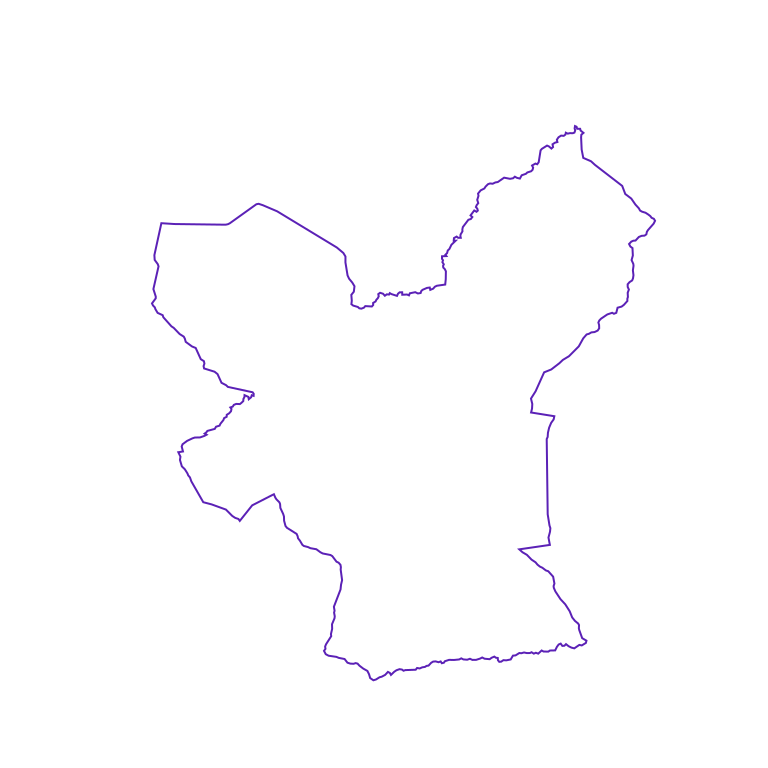 outline of Paraíso das Águas, Mato Grosso do Sul, Brazil, rotated 282°
{"feature_id": "56859067B51876233967063", "entity_name": "Paraíso das Águas", "entity_type": "district", "adm_level": 2, "iso_a3": "BRA", "parent_name": "Brazil", "parent_adm1": "Mato Grosso do Sul", "projection": "robinson", "projection_center": [-53.129, -19.185], "detail": "fine", "context": "isolated", "style": "outline", "palette": "violet", "viewbox_px": 768, "rotation_deg": 282, "n_neighbors": 0, "source": "geoboundaries", "source_scale": "gbopen_adm2", "svg_char_len": 6158}
<svg xmlns="http://www.w3.org/2000/svg" viewBox="0 0 768 768"><g transform="rotate(282 384 384)"><path d="M671.1,526.9L672.8,523.6L674.4,522.8L673.8,519.9L675.6,518.9L676.0,517.2L673.7,517.3L671.7,518.3L669.5,518.0L668.6,516.6L668.0,513.6L667.1,511.7L667.6,509.6L665.7,509.6L664.1,508.2L663.8,505.6L661.6,503.4L658.9,502.3L656.7,503.3L655.7,501.2L653.5,499.0L650.9,500.1L649.1,498.8L650.7,495.9L651.1,493.9L646.8,489.5L645.1,488.6L633.1,489.2L630.8,488.2L631.1,486.3L628.5,483.4L626.6,484.9L624.4,484.8L622.7,483.7L620.7,480.2L619.1,479.1L616.8,475.3L613.2,474.2L613.3,471.1L614.0,468.9L612.1,467.5L610.9,464.6L610.8,458.6L605.2,453.3L604.3,451.0L602.5,448.7L602.2,446.0L601.1,444.2L598.2,442.3L596.1,441.5L593.5,438.3L589.8,436.4L587.7,437.3L583.5,436.9L580.5,438.6L578.3,437.5L576.2,437.1L574.9,438.8L573.1,439.7L571.7,438.7L572.5,436.2L566.9,433.6L565.7,435.7L563.4,434.6L562.2,432.4L553.9,428.5L551.5,428.5L549.6,429.0L546.1,427.8L544.5,428.0L543.0,428.7L542.4,426.2L543.3,424.4L541.3,422.1L538.7,422.4L539.1,424.3L534.2,421.0L529.7,419.9L527.8,418.6L525.2,418.5L523.2,417.2L522.1,418.4L521.0,414.2L518.5,414.7L517.3,416.0L515.3,415.8L513.5,417.6L511.8,417.2L510.2,417.8L509.0,419.6L507.1,421.1L499.4,422.6L494.0,423.2L491.1,415.3L489.7,413.5L487.5,412.3L485.7,409.7L487.9,408.7L486.9,406.0L484.1,402.1L482.6,401.1L480.6,400.9L479.6,398.3L480.3,395.5L478.1,390.4L475.9,390.0L476.3,387.9L475.1,383.3L477.5,382.7L476.9,380.2L475.2,378.9L472.9,378.4L473.5,372.5L474.1,370.8L472.5,370.3L472.3,368.1L470.5,366.5L472.1,364.3L472.4,361.2L470.7,359.7L468.7,360.6L466.6,360.1L464.8,359.0L463.0,358.6L461.0,356.5L459.0,357.0L457.3,356.0L456.3,349.5L454.5,348.5L453.0,346.2L452.9,344.1L453.9,342.4L454.3,337.5L455.3,335.5L458.7,335.2L464.4,333.5L468.0,335.3L473.5,334.8L476.6,331.9L479.7,328.0L482.6,325.8L494.9,321.0L500.7,319.8L503.7,317.0L507.7,309.5L530.7,243.6L533.7,228.3L534.2,223.9L533.3,221.8L509.2,199.8L507.9,198.2L506.9,196.0L496.9,145.7L495.0,132.8L462.3,132.6L457.7,133.9L454.2,137.8L452.2,139.0L428.9,138.7L422.0,142.6L420.3,142.9L414.6,140.3L412.8,141.7L411.3,143.9L409.6,144.9L406.5,147.8L405.3,153.2L403.4,154.3L396.2,164.1L395.2,166.6L390.4,173.7L388.7,178.3L386.9,179.8L384.0,181.3L380.8,188.4L380.1,192.3L370.2,199.6L368.9,203.1L366.6,204.1L364.0,203.8L361.8,204.8L360.8,215.7L359.1,219.1L351.4,224.8L350.0,229.8L348.7,231.9L348.6,257.2L347.3,258.6L345.3,258.9L345.5,257.0L343.4,256.8L341.0,254.9L343.2,254.0L344.1,249.9L342.2,250.2L340.2,249.6L338.0,249.9L335.7,248.3L334.4,247.2L333.8,243.6L332.4,241.5L330.4,240.7L329.1,238.6L327.9,240.0L325.5,240.0L323.1,238.6L321.2,236.6L319.2,236.9L317.4,234.7L315.3,234.4L311.2,232.3L309.1,231.8L307.3,228.6L304.9,227.8L301.4,221.0L299.8,220.3L298.2,218.9L297.5,221.0L295.9,219.1L293.5,215.2L292.3,210.1L291.0,207.9L287.4,203.2L283.2,199.5L280.8,199.1L276.2,201.4L274.5,197.0L270.6,200.0L267.3,200.2L261.4,203.4L259.2,206.9L255.6,210.4L253.9,211.5L252.3,213.6L248.7,215.8L230.8,231.8L230.4,240.4L228.3,255.5L223.4,263.0L222.1,266.3L221.7,269.7L220.1,271.4L237.9,280.3L253.3,299.2L250.3,301.3L248.8,302.8L246.5,306.3L245.0,307.3L241.2,308.4L235.9,312.4L233.6,313.7L229.5,314.7L224.6,317.2L223.1,319.1L219.2,329.7L217.1,331.2L215.2,332.0L213.3,334.3L209.7,337.6L208.9,339.3L208.7,343.6L208.1,346.1L208.3,352.2L206.2,356.8L205.5,359.3L205.6,367.2L204.9,369.2L200.3,374.5L199.8,376.7L198.1,379.0L195.9,379.9L193.5,380.2L183.4,383.8L178.8,383.7L174.0,384.2L155.7,381.3L151.9,382.8L150.0,382.7L146.6,384.1L144.6,384.3L138.2,383.1L133.7,384.2L128.3,384.1L126.4,384.8L117.3,381.4L114.9,381.0L112.8,381.8L110.5,380.8L107.6,383.2L106.7,386.3L107.2,394.2L106.7,396.7L106.8,402.6L103.8,406.2L103.5,409.2L104.0,412.4L105.1,414.3L105.0,416.3L103.4,418.5L101.3,422.9L99.9,427.4L97.0,429.7L93.5,431.6L92.0,435.2L93.3,437.6L96.2,440.6L97.2,442.6L99.7,445.6L103.2,447.7L102.6,449.8L100.9,451.3L104.6,453.8L106.6,455.7L108.3,458.5L108.4,461.0L107.6,462.7L108.6,464.4L111.1,474.4L113.1,475.4L113.2,478.1L114.8,480.3L115.8,482.9L117.1,484.2L117.8,486.1L121.1,488.1L122.7,489.8L123.4,492.2L123.2,495.2L124.4,497.1L122.9,498.6L123.8,500.5L125.5,501.2L127.7,505.0L128.6,509.8L130.2,514.8L131.7,516.6L131.1,518.9L131.6,522.7L133.1,525.2L132.5,527.8L133.3,531.4L135.4,535.1L136.9,536.9L136.2,539.5L136.8,544.6L138.6,546.2L140.3,548.6L139.5,550.4L139.7,552.2L137.5,552.9L136.2,554.5L136.8,556.4L138.7,558.2L139.1,561.0L140.9,565.2L145.1,566.6L145.9,569.1L149.0,572.3L149.2,574.3L150.5,576.8L150.5,579.7L151.2,582.7L152.3,584.1L151.4,586.6L152.7,588.4L152.3,590.9L156.1,593.6L155.5,595.7L156.4,600.4L157.8,601.7L159.0,606.8L162.9,607.8L165.5,609.0L166.8,610.8L164.9,612.9L165.5,614.9L167.4,616.1L165.9,619.1L165.1,622.2L165.0,625.1L169.4,629.3L169.4,631.8L172.7,635.3L175.0,635.4L176.6,630.7L184.0,626.1L185.5,625.4L188.7,624.9L190.0,623.8L192.0,620.0L194.8,616.6L200.3,612.9L206.2,607.1L210.2,601.4L216.7,594.8L219.9,592.5L221.6,591.9L224.2,592.2L230.7,589.5L235.0,583.6L235.3,581.1L237.2,577.1L237.8,574.5L239.2,571.7L241.1,569.3L242.9,564.8L246.6,559.3L248.2,554.5L250.4,550.7L261.1,579.7L268.0,576.8L274.0,577.1L277.6,576.7L280.0,575.3L290.6,571.2L364.0,554.6L366.2,555.1L370.4,554.5L375.6,554.6L380.8,555.6L384.6,557.3L387.9,557.3L386.7,533.8L390.8,533.9L395.3,533.2L400.3,530.8L408.4,533.8L428.7,538.2L433.0,544.6L440.9,551.3L444.7,553.9L449.7,559.2L461.3,566.7L470.1,569.4L474.6,571.9L475.7,574.0L477.6,576.1L478.6,579.2L480.7,581.9L483.2,582.9L486.5,582.1L488.7,580.9L490.9,581.4L493.0,582.7L498.5,588.0L501.1,592.4L500.5,594.3L501.9,596.4L507.2,596.6L509.1,600.3L511.3,602.2L515.8,604.8L518.0,604.3L519.8,604.5L523.9,603.4L527.3,603.9L529.6,602.2L532.2,601.6L534.7,603.0L536.9,605.2L539.1,605.6L542.3,605.4L547.0,603.8L551.5,603.5L553.3,602.9L556.7,600.4L561.4,600.7L568.6,598.8L569.7,596.4L571.9,594.6L574.7,596.3L576.0,598.1L576.6,600.2L580.8,602.7L582.5,605.2L583.3,608.0L584.9,609.5L587.5,609.5L589.4,610.2L596.9,614.4L600.0,615.2L601.7,613.6L602.2,611.2L603.6,609.6L604.7,607.3L605.9,604.2L606.2,600.6L606.9,598.4L608.8,596.8L611.8,592.6L616.8,587.3L620.0,580.5L627.3,575.8L642.2,544.8L644.9,540.2L646.6,531.9L654.4,528.6L666.3,525.5L668.9,525.2L671.1,526.9Z" fill="none" stroke="#5b21b6" stroke-width="2"/></g></svg>